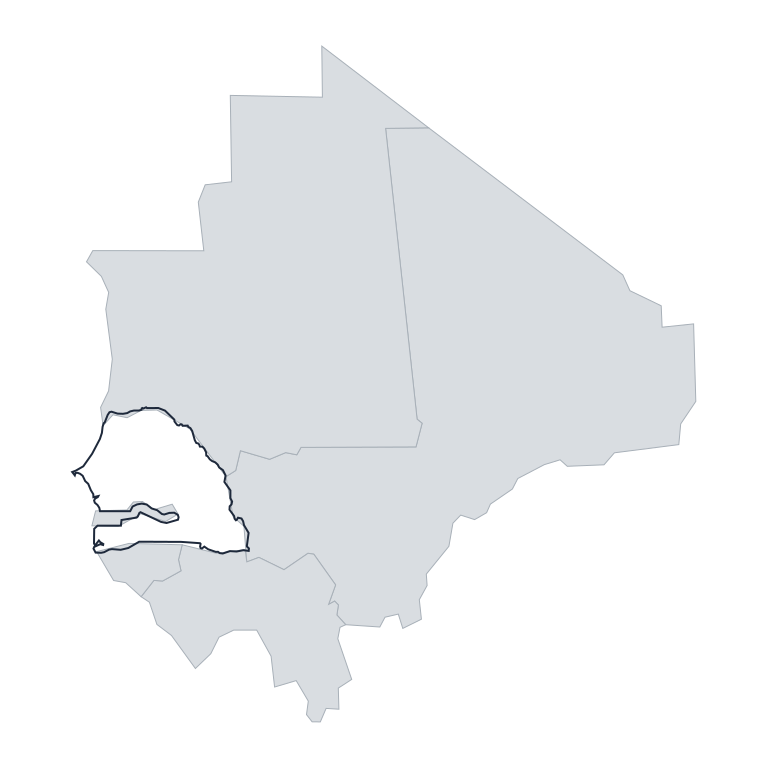 Senegal highlighted, Natural Earth projection
{"feature_id": "SEN", "entity_name": "Senegal", "entity_type": "country or territory", "adm_level": 0, "iso_a3": "SEN", "parent_name": "Africa", "parent_adm1": "", "projection": "natural_earth1", "projection_center": [-14.381, 14.503], "detail": "medium", "context": "with_neighbors", "style": "outline", "palette": "slate", "viewbox_px": 768, "rotation_deg": 0, "n_neighbors": 5, "source": "natural_earth", "source_scale": "50m", "svg_char_len": 4031}
<svg xmlns="http://www.w3.org/2000/svg" viewBox="0 0 768 768"><path d="M246.8,561.9L243.9,526.2L233.1,516.7L226.0,476.6L235.7,470.5L240.4,450.7L269.6,459.3L285.7,452.6L296.8,454.8L301.0,447.4L416.0,446.9L422.1,423.3L417.1,419.2L385.6,128.4L428.6,127.8L622.8,274.9L629.9,290.7L661.2,305.8L662.1,327.2L693.6,323.9L695.8,401.4L680.7,423.9L678.8,444.6L614.4,452.8L604.0,464.8L567.3,466.3L560.1,459.8L544.4,464.6L517.8,478.5L512.4,489.0L490.4,504.1L486.6,512.7L474.6,519.6L460.7,515.1L452.9,523.2L448.9,546.3L426.3,574.1L427.1,585.5L419.3,599.7L421.4,619.2L402.8,628.4L398.3,614.1L385.0,617.2L379.8,627.0L345.7,624.7L336.9,615.0L338.4,605.0L334.7,601.1L328.6,604.4L335.6,584.9L313.8,554.2L308.0,553.3L284.0,569.7L258.9,557.4L246.8,561.9Z" fill="#d9dde1" stroke="#a8b0b8" stroke-width="1"/><path d="M86.5,261.8L92.8,250.6L203.8,250.8L198.3,202.1L205.2,184.8L231.6,181.8L230.3,95.4L322.4,97.2L321.8,46.1L428.6,127.8L385.6,128.4L417.1,419.2L422.1,423.3L416.0,446.9L301.0,447.4L296.8,454.8L285.7,452.6L269.6,459.3L240.4,450.7L235.7,470.5L226.0,476.6L189.7,428.8L157.0,410.0L141.1,410.4L127.1,417.7L112.9,414.8L103.1,425.6L100.6,407.4L108.6,390.9L112.3,359.2L105.8,309.2L108.7,292.4L101.4,276.4L86.5,261.8Z" fill="#d9dde1" stroke="#a8b0b8" stroke-width="1"/><path d="M182.2,544.8L216.8,553.4L245.1,549.6L246.8,561.9L258.9,557.4L284.0,569.7L308.0,553.3L313.8,554.2L335.6,584.9L328.6,604.4L334.7,601.1L338.4,605.0L336.9,615.0L345.7,624.7L340.0,627.3L337.8,638.7L351.7,679.4L338.3,688.1L338.9,709.2L326.1,708.4L320.3,721.9L312.1,721.8L306.5,714.6L308.3,701.1L296.2,680.6L274.6,687.0L271.1,656.2L256.7,630.1L233.7,630.1L219.0,637.2L210.8,653.7L195.4,668.5L171.5,635.5L156.9,624.4L149.4,602.2L141.1,596.7L153.9,580.4L162.6,581.0L181.0,570.8L178.5,559.7L182.2,544.8Z" fill="#d9dde1" stroke="#a8b0b8" stroke-width="1"/><path d="M96.6,551.6L129.1,543.4L182.2,544.8L178.5,559.7L181.0,570.8L162.6,581.0L153.9,580.4L141.1,596.7L125.7,582.7L113.6,580.5L96.6,551.6Z" fill="#d9dde1" stroke="#a8b0b8" stroke-width="1"/><path d="M95.6,510.9L126.9,510.0L133.4,502.0L142.5,501.5L153.8,509.7L172.2,504.2L178.0,514.0L165.6,521.5L140.8,513.8L118.1,526.5L91.9,525.8L95.6,510.9Z" fill="#d9dde1" stroke="#a8b0b8" stroke-width="1"/><path d="M222.9,470.1L225.6,475.5L224.4,481.9L230.4,490.4L230.4,498.2L232.1,501.5L231.5,504.4L229.7,506.3L229.5,509.7L234.1,516.0L234.6,518.7L235.9,520.3L236.7,519.9L238.0,517.7L241.5,518.5L243.1,521.2L244.0,525.2L248.6,532.9L246.9,545.8L247.0,546.6L248.9,548.4L248.7,550.9L243.4,550.2L236.6,551.5L229.9,551.1L222.8,553.5L219.7,553.1L218.0,551.8L215.8,551.9L208.2,549.3L204.3,546.6L202.0,548.5L200.6,548.1L200.1,546.5L200.6,543.9L200.0,543.2L181.4,541.9L139.2,541.7L128.3,548.0L120.7,549.8L111.9,549.1L109.1,549.6L104.1,552.2L101.1,552.8L95.6,552.6L93.5,548.6L94.2,546.9L100.2,544.2L103.1,545.0L103.3,544.0L100.3,542.2L98.9,540.5L95.9,544.3L94.7,544.8L94.0,543.4L94.2,528.8L97.5,525.7L120.9,525.7L121.5,520.0L136.6,517.6L137.8,516.5L139.4,512.9L140.5,512.2L161.0,521.9L166.5,523.0L178.0,519.7L178.6,517.2L177.8,514.8L174.2,512.7L169.4,512.9L164.2,514.5L161.9,514.0L157.2,510.2L151.6,508.4L146.7,504.5L141.8,503.6L137.1,504.4L132.6,506.5L130.2,511.2L100.0,511.2L99.3,507.8L97.5,505.0L94.8,502.7L94.1,500.5L95.1,498.6L97.8,497.1L98.4,496.0L93.4,497.2L93.3,494.2L90.9,490.3L88.2,483.8L85.2,481.1L82.7,475.8L80.1,473.8L77.6,472.8L75.5,473.0L74.8,475.4L72.2,472.0L75.7,470.7L83.3,466.3L92.1,453.8L99.9,439.0L101.9,432.9L102.6,426.8L103.7,423.2L104.7,422.5L107.7,414.9L109.5,412.2L111.5,411.7L117.5,413.6L123.0,413.8L127.2,413.1L130.2,411.4L134.1,410.5L138.9,410.5L141.5,409.8L141.7,408.4L142.3,408.0L143.4,408.5L146.1,407.3L147.0,408.1L158.3,408.0L165.0,410.6L174.3,419.6L174.5,421.5L177.3,425.1L179.0,425.5L180.5,424.3L181.7,424.4L182.6,425.8L187.7,425.6L188.2,426.8L190.4,428.1L192.2,431.0L194.8,440.2L196.3,443.0L198.1,443.4L199.2,444.5L199.9,446.6L202.4,446.7L204.2,448.5L206.1,452.3L206.3,455.6L207.6,456.2L209.8,459.3L212.0,461.0L215.3,462.4L217.7,464.6L219.2,467.5L222.9,470.1Z" fill="none" stroke="#1e293b" stroke-width="2"/></svg>